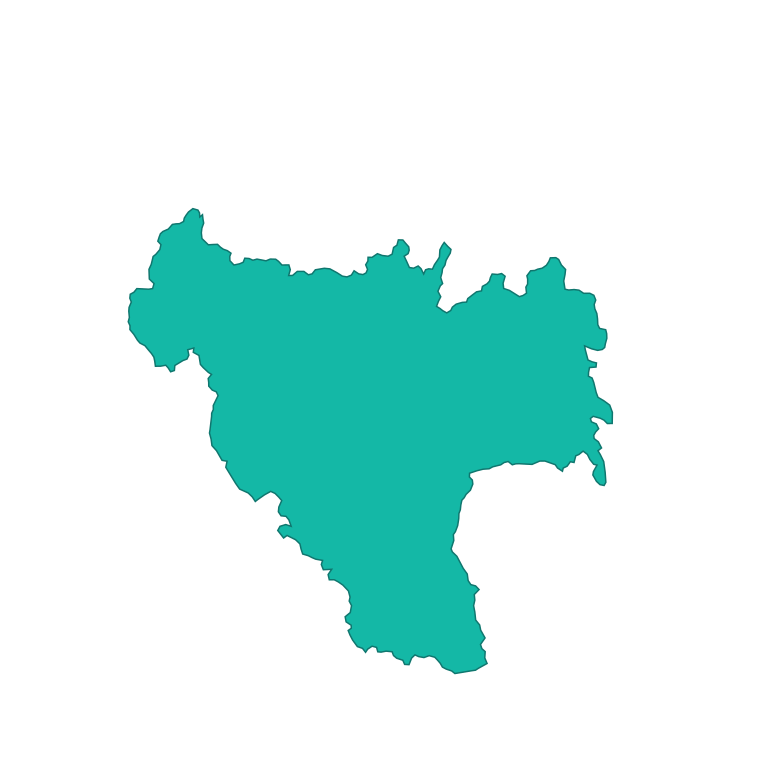 Barra do Turvo, São Paulo, Brazil (orthographic projection), rotated 313°
{"feature_id": "56859067B30603953401521", "entity_name": "Barra do Turvo", "entity_type": "district", "adm_level": 2, "iso_a3": "BRA", "parent_name": "Brazil", "parent_adm1": "São Paulo", "projection": "orthographic", "projection_center": [-48.409, -24.876], "detail": "fine", "context": "isolated", "style": "filled", "palette": "teal", "viewbox_px": 768, "rotation_deg": 313, "n_neighbors": 0, "source": "geoboundaries", "source_scale": "gbopen_adm2", "svg_char_len": 5391}
<svg xmlns="http://www.w3.org/2000/svg" viewBox="0 0 768 768"><g transform="rotate(313 384 384)"><path d="M499.2,296.2L494.3,298.8L490.4,297.9L484.5,301.4L480.3,299.9L476.8,295.1L474.8,290.3L468.5,288.9L465.8,285.9L462.9,288.4L458.7,289.3L456.6,293.8L453.0,295.1L449.7,294.0L447.3,290.4L446.4,284.9L441.4,285.9L437.1,283.9L434.5,280.0L433.3,273.6L431.3,265.9L427.9,261.4L420.7,255.9L415.5,256.3L412.3,254.2L411.7,248.6L407.2,243.8L401.0,243.1L398.3,240.3L403.7,237.5L406.2,233.2L401.4,228.2L401.8,223.2L401.4,219.7L397.8,215.6L393.6,213.7L391.5,210.3L388.7,205.9L385.1,203.7L383.8,199.8L381.1,196.4L377.0,198.0L373.4,196.4L368.7,193.1L369.1,187.2L372.1,184.2L375.3,182.9L374.7,178.5L373.0,174.6L372.5,171.1L372.6,167.0L369.6,164.0L366.0,160.6L366.1,156.2L366.2,151.7L370.0,147.3L373.8,144.5L378.7,142.4L381.1,139.2L384.0,135.8L380.5,135.4L383.3,132.4L384.3,129.3L381.9,124.6L376.5,123.7L372.8,124.1L369.1,124.8L366.2,126.6L361.8,125.1L359.2,122.6L356.4,120.4L350.2,120.6L344.8,118.3L341.4,118.0L338.2,119.3L334.2,121.2L333.8,125.8L329.4,128.4L323.2,128.7L319.8,128.2L316.3,130.2L312.7,132.2L307.6,133.9L300.7,140.8L300.6,147.3L296.0,149.7L292.9,147.3L285.2,138.2L280.5,138.5L276.6,137.2L273.4,139.6L271.6,143.3L266.2,145.3L263.2,147.7L259.0,152.4L255.1,154.5L253.4,158.5L250.5,161.1L249.7,167.2L247.9,173.9L247.5,177.6L249.0,183.0L248.2,188.9L247.7,193.2L246.7,197.4L244.3,200.8L241.1,204.7L244.6,208.4L248.9,211.6L248.6,215.1L247.4,219.6L250.9,221.5L254.9,218.4L259.5,219.7L264.1,221.0L267.9,222.9L272.0,221.6L275.2,217.1L280.6,220.4L277.1,222.9L278.7,229.2L273.1,236.4L272.7,240.7L272.7,247.6L273.4,251.3L268.1,251.7L265.7,254.6L262.9,257.3L262.4,262.5L263.9,266.7L262.3,270.6L251.8,273.8L248.9,276.6L245.1,277.9L242.6,280.1L231.7,288.1L229.1,289.8L225.8,295.1L221.6,300.2L221.0,307.0L217.7,317.6L220.5,321.9L215.2,325.1L214.3,328.3L212.2,335.8L210.1,343.4L208.7,350.1L211.7,359.0L211.6,364.6L210.3,370.0L213.5,370.5L221.5,372.2L228.2,374.4L229.7,379.0L229.5,384.2L229.0,388.7L222.3,391.0L218.5,393.9L217.4,398.6L220.4,402.6L219.8,407.0L216.6,413.2L214.2,408.0L209.0,405.0L204.4,406.2L202.9,415.6L207.1,416.4L209.8,425.5L209.7,431.6L206.8,435.8L204.2,440.5L206.8,445.7L208.0,449.9L209.3,453.5L213.1,459.4L209.2,461.3L206.8,466.3L212.8,472.1L206.5,473.1L203.5,477.5L206.9,481.1L208.1,485.6L208.9,491.0L208.4,499.1L205.0,504.5L201.5,506.6L199.8,511.4L193.8,515.2L187.3,514.3L184.2,518.5L185.2,524.5L183.0,526.7L179.3,525.9L177.2,530.4L175.3,535.8L173.8,543.6L176.0,548.6L175.2,553.5L179.0,552.9L184.1,554.1L186.3,558.2L183.9,562.1L185.9,564.7L190.0,567.7L193.7,572.5L191.9,576.2L192.1,580.3L194.8,586.2L193.0,590.3L195.8,593.7L202.4,591.1L207.0,591.4L208.3,595.3L211.2,599.8L216.1,602.3L218.8,607.5L218.6,611.1L218.1,615.6L216.8,619.8L217.9,623.9L220.3,629.2L220.6,633.3L234.0,643.6L237.1,646.1L240.4,646.9L249.9,650.0L252.4,644.5L257.3,640.5L257.2,636.1L259.3,632.2L267.2,631.1L269.9,622.6L273.0,618.3L273.9,612.0L279.2,605.9L283.0,600.7L287.9,597.8L291.6,593.6L298.5,593.7L298.8,588.7L296.5,584.3L297.6,579.6L301.8,574.5L303.2,567.6L307.7,554.8L307.8,548.5L309.2,545.5L313.9,543.3L317.1,541.8L321.2,537.4L324.7,536.9L330.6,534.5L336.5,530.5L340.4,527.1L344.1,525.6L347.9,522.7L352.1,520.2L355.5,520.2L359.2,519.3L365.3,519.6L371.4,517.2L374.0,514.1L374.2,509.9L377.1,507.4L383.9,511.1L389.3,514.6L393.7,518.7L397.6,520.0L404.5,524.5L408.5,525.4L412.0,527.7L412.4,532.9L415.5,534.8L417.8,537.1L420.8,540.7L426.2,547.1L433.9,550.5L437.4,554.2L441.8,564.3L440.9,568.2L441.9,574.0L444.8,572.4L448.8,574.0L454.2,573.3L456.2,576.5L462.3,573.2L465.3,574.6L470.7,575.4L471.2,580.8L469.2,586.1L468.3,592.1L470.0,595.1L462.8,596.9L459.9,598.8L457.7,605.8L457.7,610.6L459.9,614.2L463.4,613.3L470.3,605.9L477.1,597.6L479.9,590.3L481.1,586.0L485.6,586.7L487.9,580.2L487.4,574.9L489.5,572.4L493.3,571.5L497.7,571.5L499.6,566.5L497.8,561.5L499.5,558.5L503.0,559.0L506.4,565.4L507.6,569.5L507.4,574.3L510.8,577.8L519.0,570.4L522.5,563.5L521.7,556.4L520.2,549.6L522.5,545.0L528.2,536.3L530.3,532.1L529.1,528.2L532.1,525.6L536.2,523.1L541.0,527.5L544.3,525.0L542.1,521.0L540.7,516.8L546.3,507.9L548.7,504.7L551.3,511.8L554.3,517.3L558.1,520.1L561.2,520.5L564.3,518.5L569.4,515.8L572.7,512.5L574.9,509.1L571.7,503.8L573.2,499.9L577.3,495.7L580.7,491.6L582.8,486.9L585.5,483.5L589.8,481.6L592.0,477.0L590.7,472.6L586.5,468.2L585.6,462.6L582.7,458.6L578.7,455.0L576.8,451.7L581.9,445.2L587.4,441.8L591.6,438.7L592.0,432.6L594.2,426.8L593.6,423.5L589.7,419.6L586.1,421.0L581.6,421.8L576.6,420.7L572.8,418.1L569.8,416.8L566.8,414.0L560.6,414.7L558.7,417.5L555.0,420.9L551.6,421.7L547.6,426.3L543.5,425.3L540.2,423.4L539.0,417.1L538.0,411.9L535.5,406.4L538.9,402.4L545.4,399.1L545.0,394.7L541.6,392.4L538.2,388.1L534.5,389.2L531.1,391.0L527.4,391.0L522.5,389.4L518.6,391.8L514.5,388.8L509.2,387.9L503.6,387.0L500.2,388.5L497.1,385.6L491.6,382.3L486.8,381.6L483.3,382.7L478.8,381.4L477.7,377.0L477.4,373.4L476.6,369.5L481.4,367.5L486.5,366.0L488.6,360.2L494.3,358.2L497.4,358.4L500.5,352.9L504.9,350.6L508.2,348.2L512.5,347.5L516.7,345.1L520.7,344.1L524.9,343.2L528.1,341.2L528.1,336.8L528.6,331.5L524.8,332.1L520.2,333.4L514.6,338.0L511.3,338.7L505.8,339.5L501.0,341.1L498.7,338.1L495.9,336.5L491.5,338.0L493.6,332.4L493.6,328.5L488.9,326.7L486.5,323.1L489.1,316.9L491.2,311.6L495.8,312.7L499.0,311.2L501.2,308.5L501.7,303.3L502.2,299.6L499.2,296.2Z" fill="#14b8a6" stroke="#0f766e" stroke-width="1.5"/></g></svg>